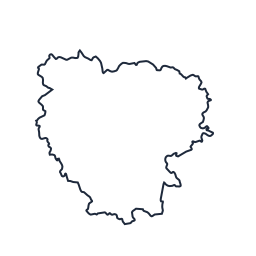 the Region of Tula, rotated 164°
{"feature_id": "RUS-2368", "entity_name": "Tula", "entity_type": "Region", "adm_level": 1, "iso_a3": "RUS", "parent_name": "Russia", "parent_adm1": "", "projection": "albers", "projection_center": [37.489, 53.9], "detail": "fine", "context": "isolated", "style": "outline", "palette": "slate", "viewbox_px": 256, "rotation_deg": 164, "n_neighbors": 0, "source": "natural_earth", "source_scale": "10m", "svg_char_len": 5788}
<svg xmlns="http://www.w3.org/2000/svg" viewBox="0 0 256 256"><g transform="rotate(164 128 128)"><path d="M214.2,160.3L213.7,160.3L213.2,160.5L211.9,161.5L210.2,162.3L204.8,163.2L203.9,164.4L203.1,165.9L202.8,166.9L203.3,167.5L204.3,168.4L204.6,169.0L204.4,170.1L204.0,171.3L203.8,172.4L204.6,174.1L206.4,176.8L206.7,177.6L206.8,178.1L206.7,178.4L206.3,179.0L205.5,179.7L201.8,182.2L198.8,182.5L190.2,185.8L192.3,188.0L193.6,188.7L195.0,190.7L197.0,192.3L197.4,192.9L197.5,193.4L197.4,194.9L196.4,197.7L196.2,199.7L196.8,200.9L199.3,203.6L199.6,204.0L199.8,204.6L199.8,204.9L199.3,206.2L197.4,209.1L197.3,209.9L197.9,210.7L197.4,211.4L193.7,212.8L191.1,212.0L190.3,212.2L187.9,214.8L186.9,215.5L184.3,216.7L184.0,217.3L183.9,218.8L183.6,219.4L182.8,220.0L181.8,220.1L181.4,220.0L180.7,219.3L179.8,217.1L178.4,214.3L177.6,214.2L175.7,215.2L174.7,215.2L173.9,214.9L173.0,214.4L168.7,210.7L168.2,210.5L167.5,210.4L163.6,211.2L162.8,211.2L161.4,210.8L159.5,209.8L157.9,209.4L157.1,209.4L156.2,210.4L155.1,213.0L154.8,214.1L154.2,214.8L152.9,215.8L151.9,213.3L150.7,209.3L149.7,207.9L147.1,205.7L145.3,203.7L144.3,203.2L143.8,203.6L142.4,205.0L141.6,205.4L139.3,205.6L137.8,203.3L136.4,200.1L136.0,198.2L136.0,197.2L136.3,192.2L136.8,189.3L136.8,188.2L136.6,187.8L136.3,187.5L132.0,189.6L131.2,189.4L129.7,187.8L128.5,186.9L127.6,186.5L125.8,186.3L123.4,186.4L122.6,186.8L120.7,188.6L119.6,189.9L118.3,190.7L116.5,191.6L114.9,192.0L113.3,191.5L111.9,190.9L109.9,189.5L108.6,189.1L103.9,188.7L102.9,186.4L102.3,186.3L101.0,187.8L100.0,188.2L98.5,188.4L92.1,187.3L90.5,186.5L90.1,186.2L86.4,182.1L84.5,178.1L84.4,177.4L84.5,176.2L84.3,175.7L83.9,175.5L81.6,174.7L80.9,174.7L80.4,175.1L79.3,176.5L78.1,177.5L77.2,177.8L76.2,177.8L74.9,177.4L73.6,176.7L70.4,174.4L68.2,174.0L67.6,173.4L66.7,171.7L64.7,170.1L63.1,168.4L63.3,166.1L62.5,165.5L61.8,164.4L60.6,162.0L59.9,161.3L59.4,161.2L59.0,160.8L58.7,159.6L58.1,159.9L53.4,161.2L51.4,161.3L50.9,161.2L50.4,160.8L49.2,159.4L48.5,158.9L46.8,158.6L46.3,158.4L46.1,158.1L46.1,156.3L45.9,155.0L44.8,152.7L44.8,151.5L45.7,150.4L48.2,148.1L48.8,147.1L48.9,146.6L48.8,146.2L46.2,144.5L45.4,144.4L43.9,144.8L43.5,144.7L43.0,144.4L42.9,144.0L42.9,142.8L42.6,140.9L41.7,138.4L43.3,137.4L43.7,136.6L43.6,134.9L43.4,134.2L43.1,134.0L41.5,133.4L41.0,133.0L40.6,132.4L40.6,132.1L40.8,131.9L43.3,131.7L44.0,131.2L44.5,130.6L44.6,130.2L44.7,128.2L44.9,126.8L45.3,125.7L47.5,123.4L48.9,122.5L51.2,122.1L52.4,121.4L52.8,120.7L52.8,120.0L52.2,117.7L52.3,116.6L53.1,115.0L54.3,113.2L57.6,112.1L58.3,111.6L58.7,110.8L58.5,109.3L58.1,108.3L57.9,108.0L56.4,107.1L55.2,106.9L53.9,107.2L52.1,108.0L51.6,108.0L51.4,107.8L50.6,106.1L50.6,105.7L50.9,105.5L52.0,105.6L52.7,105.4L53.0,104.9L52.9,104.2L52.4,103.8L51.4,103.5L50.9,102.9L47.7,100.1L47.8,99.3L48.3,98.7L50.3,97.8L51.3,97.7L52.1,98.0L52.7,98.4L53.6,99.3L55.0,101.1L55.8,101.7L56.8,102.2L57.4,102.2L57.7,102.1L59.5,100.0L59.9,99.3L60.1,98.6L60.1,97.8L60.0,95.6L60.2,95.2L60.6,94.6L61.0,94.5L61.3,94.6L62.2,95.9L62.8,96.1L66.9,95.9L67.5,96.0L68.9,97.1L69.5,97.3L69.9,97.1L70.0,96.8L70.0,96.1L69.8,95.5L70.0,95.1L70.5,94.6L72.6,93.2L73.0,92.8L72.9,92.2L72.6,91.2L72.5,90.5L72.6,90.0L73.2,89.6L78.5,89.3L87.7,86.9L89.2,87.9L89.3,88.7L88.4,89.9L88.3,90.4L88.8,90.8L91.2,90.6L93.5,89.5L94.5,89.3L96.9,90.3L97.8,90.4L98.8,90.0L99.8,89.4L100.7,88.0L101.0,86.8L101.1,85.9L100.9,84.6L100.3,83.3L100.2,82.8L100.4,82.1L101.8,80.2L102.2,79.3L102.1,78.5L101.6,77.6L99.9,74.2L99.2,73.1L98.6,72.8L98.3,72.8L97.1,73.3L96.7,73.3L96.4,73.2L95.7,72.2L95.3,70.4L95.3,67.8L95.1,66.8L94.5,65.8L93.4,64.3L93.0,63.4L93.1,61.7L93.0,59.4L93.2,58.2L93.6,57.7L94.6,57.6L97.8,58.6L98.2,59.0L98.8,60.2L99.3,60.5L101.5,60.2L104.0,60.7L105.4,61.4L106.6,62.6L107.5,63.9L107.8,64.9L108.3,65.6L109.3,64.3L116.1,50.7L116.5,49.4L116.4,48.4L114.8,47.7L115.0,46.9L115.9,45.4L116.7,43.2L117.0,41.8L117.1,40.3L117.3,38.9L119.1,36.2L126.2,37.5L128.9,36.6L129.8,36.7L130.5,37.5L131.6,40.2L132.6,41.7L135.7,44.0L136.0,44.6L136.1,45.8L142.5,48.2L146.4,46.8L147.4,45.9L148.0,41.5L147.8,40.5L146.9,38.7L146.9,37.7L147.2,37.4L147.9,37.2L149.5,37.2L150.1,37.0L151.4,36.1L152.2,35.9L157.6,36.5L157.9,37.4L158.7,39.3L158.8,40.5L158.7,41.9L158.9,42.3L159.6,42.6L160.9,42.5L161.7,43.0L162.5,43.7L163.1,44.5L163.1,45.3L162.9,46.7L163.0,47.4L163.4,48.1L163.9,48.5L164.9,49.0L167.1,49.0L167.8,49.4L168.9,51.1L169.3,51.2L170.3,50.6L171.3,50.3L171.7,50.4L171.9,50.6L173.1,52.9L173.6,53.3L180.5,54.2L181.9,53.5L183.2,54.5L183.6,54.7L187.5,55.0L188.0,55.2L189.3,56.7L190.5,59.2L190.7,59.6L190.7,60.3L190.2,60.7L189.1,61.0L188.7,61.4L188.2,62.3L187.3,64.4L186.4,65.9L185.6,66.4L183.6,67.0L182.8,67.4L182.7,68.1L183.2,69.2L183.5,71.6L183.9,72.5L185.5,74.5L187.7,78.0L188.1,78.5L189.9,79.3L190.2,79.7L190.5,80.4L190.8,82.1L191.0,87.2L191.3,89.5L195.6,91.2L198.0,92.9L200.2,93.7L200.3,98.4L200.2,100.3L200.3,101.1L200.7,101.4L201.0,101.3L202.0,99.8L202.8,99.4L203.4,99.3L204.1,99.5L204.8,100.2L204.9,100.9L205.1,102.9L205.5,104.4L205.2,105.1L204.5,105.7L203.1,106.5L202.6,107.0L201.7,108.9L201.6,110.4L202.0,112.4L202.8,114.9L202.8,117.1L202.9,117.6L204.1,117.7L204.5,116.6L204.7,116.4L205.0,116.4L205.3,116.7L205.9,118.3L206.0,119.1L205.9,121.0L206.0,121.7L206.2,122.1L206.6,122.5L208.1,123.4L210.5,123.9L210.4,125.6L210.0,126.3L209.0,127.2L208.4,128.0L207.7,129.3L207.7,129.8L207.8,130.2L208.2,130.9L209.1,131.7L209.4,132.5L209.4,133.2L209.2,133.6L209.0,133.9L208.2,134.4L208.2,134.8L208.3,135.4L208.9,136.6L209.1,137.5L209.1,138.1L208.5,139.1L208.5,139.5L208.7,140.0L209.4,140.8L210.0,141.1L210.4,141.2L213.7,141.2L214.7,141.8L215.1,142.5L215.4,143.8L215.4,145.0L214.6,148.5L214.3,151.5L213.9,152.3L212.6,153.5L212.4,154.1L212.4,154.3L212.8,154.7L215.1,155.6L215.3,155.9L215.3,156.5L214.1,158.5L214.0,159.0L214.2,160.3Z" fill="none" stroke="#1e293b" stroke-width="2"/></g></svg>